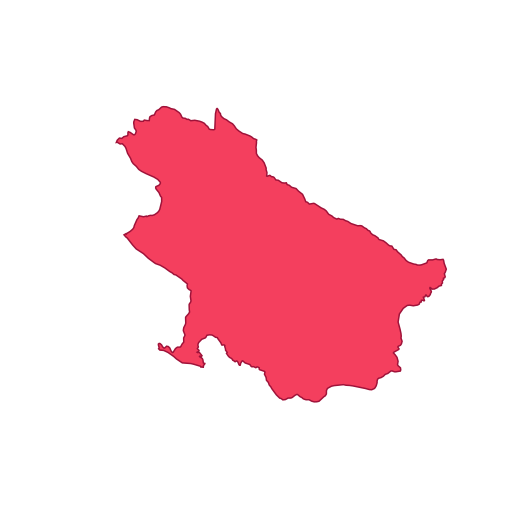 outline of Echeandia, Bolivar, Ecuador, rotated 317°
{"feature_id": "8360857B61359836335380", "entity_name": "Echeandia", "entity_type": "district", "adm_level": 2, "iso_a3": "ECU", "parent_name": "Ecuador", "parent_adm1": "Bolivar", "projection": "equal_earth", "projection_center": [-79.28, -1.448], "detail": "fine", "context": "isolated", "style": "filled", "palette": "rose", "viewbox_px": 512, "rotation_deg": 317, "n_neighbors": 0, "source": "geoboundaries", "source_scale": "gbopen_adm2", "svg_char_len": 6123}
<svg xmlns="http://www.w3.org/2000/svg" viewBox="0 0 512 512"><g transform="rotate(317 256 256)"><path d="M302.5,419.4L304.7,418.0L306.0,415.0L307.6,413.6L309.2,411.5L311.4,407.8L314.9,401.2L321.3,396.2L328.0,394.7L332.9,395.3L334.9,396.8L337.1,399.7L340.8,402.1L342.6,402.5L344.3,401.6L345.4,402.3L346.8,401.2L347.6,401.9L348.1,403.1L348.6,403.5L348.9,403.4L350.3,400.3L351.7,401.0L353.5,400.3L353.8,400.5L353.6,402.4L353.8,402.9L354.9,403.4L357.1,403.1L358.4,402.3L359.5,402.0L360.1,401.5L361.1,398.1L361.7,397.7L362.0,398.0L362.2,400.3L363.9,401.8L367.1,402.8L369.2,402.8L371.5,404.0L372.5,403.0L374.0,402.9L375.1,401.4L377.2,401.1L377.9,400.1L379.3,400.6L380.2,400.2L381.7,397.4L383.4,396.9L386.2,395.4L388.6,389.7L390.3,387.0L390.5,386.0L388.1,384.3L386.0,382.0L386.0,381.4L385.3,380.7L382.5,379.3L379.5,376.5L378.4,376.5L376.2,377.5L371.0,375.3L369.5,374.3L367.8,372.6L367.4,371.4L365.9,369.5L363.3,364.6L362.7,361.7L363.0,358.4L362.6,356.2L362.9,354.2L362.4,349.5L362.7,347.0L361.4,345.2L362.1,341.4L360.8,339.8L360.4,338.5L360.1,334.9L359.5,331.8L357.3,328.0L357.2,327.1L357.6,326.0L356.8,322.2L355.8,320.0L355.6,317.3L356.1,315.9L356.1,315.1L355.4,313.6L355.3,311.2L354.5,309.3L353.9,306.1L352.9,304.8L351.0,303.3L347.6,297.0L346.7,293.3L345.5,291.1L344.8,288.7L342.8,286.7L341.8,284.6L340.3,284.2L339.0,280.9L338.8,278.5L337.6,275.0L338.1,271.1L337.8,268.6L336.4,265.0L334.6,257.6L334.1,256.8L330.4,254.4L330.3,251.9L329.4,250.2L330.6,247.4L332.1,242.6L331.3,237.6L331.3,234.0L328.9,230.0L328.6,227.1L327.5,225.0L328.1,223.2L326.6,222.1L324.9,220.1L324.0,215.9L322.4,213.9L322.8,210.9L322.4,209.6L321.4,208.5L321.3,207.1L321.1,206.4L318.5,205.3L318.3,204.8L320.9,202.5L322.3,199.7L323.4,198.6L325.5,193.4L326.0,190.1L325.4,186.2L325.5,183.8L326.2,181.3L328.4,178.9L330.1,176.5L333.5,173.6L334.6,172.3L335.7,171.7L335.4,170.5L334.3,168.5L334.0,166.0L333.4,164.0L331.2,159.4L329.8,157.3L328.7,152.8L328.3,149.6L328.9,146.0L329.0,143.3L327.9,139.8L327.3,136.3L326.2,133.6L325.9,130.6L326.2,128.9L327.1,127.6L327.2,125.3L327.9,123.7L328.3,121.8L328.0,121.5L327.3,121.6L323.4,124.3L312.4,135.1L311.7,135.1L311.0,134.7L308.9,132.4L308.3,131.4L309.0,128.3L308.6,126.4L308.7,123.7L307.9,121.4L306.7,119.0L303.8,115.0L300.6,112.6L299.9,110.1L299.6,109.6L298.7,109.1L298.2,107.1L296.7,105.4L296.5,103.9L297.5,100.9L297.6,98.8L296.4,93.2L294.3,90.2L293.7,88.6L292.3,85.9L290.0,83.5L288.5,82.7L284.8,82.7L282.7,82.0L280.9,82.2L277.9,83.5L275.5,82.2L273.5,81.8L272.3,82.4L270.3,84.2L268.8,82.8L267.0,80.4L265.5,80.6L263.6,79.0L263.2,78.3L262.0,75.2L260.5,73.4L258.2,74.5L257.3,75.3L254.4,79.4L254.0,82.0L253.5,83.1L251.4,84.3L250.2,84.5L249.7,84.4L249.1,83.8L248.3,79.9L247.4,78.0L246.5,78.4L245.0,80.0L244.1,80.4L240.7,78.6L238.1,78.5L236.5,76.6L233.4,76.7L231.3,77.7L232.1,78.2L233.0,81.4L234.8,82.7L234.9,86.5L234.3,88.7L232.1,93.4L230.9,98.9L229.6,102.1L229.2,104.7L229.6,108.9L229.3,112.7L230.0,115.9L231.8,120.8L235.2,128.7L236.4,133.0L236.3,136.8L235.8,137.5L234.4,138.0L233.0,138.0L230.1,137.0L229.0,137.8L228.6,139.0L228.3,143.4L227.0,147.1L226.9,148.8L224.2,151.8L217.5,156.2L215.9,156.8L213.6,157.1L209.9,156.6L207.8,155.6L206.4,154.2L204.7,153.3L203.1,152.8L203.1,152.1L200.5,150.6L197.9,146.9L195.8,147.8L193.7,148.2L187.9,150.7L186.0,151.9L184.1,152.3L180.8,152.2L177.4,151.5L176.1,151.6L176.2,151.0L173.9,150.5L173.8,153.4L174.1,154.9L173.3,163.8L173.2,169.1L175.3,177.5L175.7,184.2L177.1,191.9L177.4,193.1L179.6,197.3L181.2,202.5L182.3,208.4L183.2,211.3L183.4,213.6L184.5,215.2L186.0,222.1L186.0,224.1L186.8,229.7L185.3,230.8L184.1,232.5L184.1,233.7L184.2,235.0L184.8,236.7L184.7,237.3L180.5,240.7L177.9,244.4L176.9,245.1L174.3,245.7L173.7,246.2L170.7,249.6L169.2,251.7L167.2,252.3L163.4,252.6L162.5,253.0L159.0,257.0L157.9,257.8L154.4,259.1L153.0,260.1L151.9,261.1L150.4,264.9L149.9,265.6L147.2,266.6L144.4,269.7L142.3,269.9L138.9,271.0L138.3,270.8L136.4,269.1L135.4,268.9L133.9,268.8L129.8,269.9L129.1,269.7L129.0,269.0L129.1,267.6L130.2,264.5L130.1,262.4L129.1,261.0L126.4,261.0L125.8,260.2L125.8,258.6L126.3,256.6L126.2,255.5L126.1,254.6L125.6,253.9L124.6,253.8L124.0,254.4L122.5,257.2L121.5,257.4L121.5,259.2L124.1,262.1L125.9,266.6L127.3,273.3L127.6,277.0L129.2,283.9L135.0,290.2L136.6,292.6L140.1,298.6L140.2,299.1L139.9,299.5L141.6,301.4L142.9,300.3L144.9,300.0L145.3,299.7L144.5,298.4L146.3,295.8L146.8,294.4L146.7,293.5L146.1,291.3L146.2,290.9L146.6,290.9L147.6,292.3L148.5,292.1L148.8,288.1L148.5,287.6L147.4,286.8L147.3,286.2L149.1,286.6L149.8,286.4L150.0,285.8L149.8,284.3L150.0,283.7L151.8,283.2L152.6,281.7L153.5,280.9L155.0,280.2L159.5,279.9L163.1,281.3L164.1,281.2L166.0,280.5L168.2,281.9L169.8,283.6L170.3,284.8L171.0,287.9L172.1,289.3L171.7,290.6L171.1,295.5L170.3,297.6L170.4,298.0L171.9,299.1L172.2,300.1L171.4,300.9L170.3,303.2L169.5,304.1L169.2,306.9L168.0,307.1L167.5,310.1L167.5,312.0L168.2,314.2L168.2,315.6L167.9,316.3L168.4,317.6L168.4,318.6L168.8,319.2L170.1,319.4L170.5,320.1L170.3,321.7L169.6,323.3L169.4,324.6L170.0,325.1L171.8,323.9L174.3,323.3L174.8,323.6L175.1,326.8L177.5,331.2L177.2,333.0L177.4,334.2L178.8,335.3L179.7,337.6L181.1,337.8L181.6,338.4L182.1,340.0L181.2,340.9L181.1,341.6L183.5,346.1L183.4,347.0L181.6,348.2L180.5,351.8L178.9,354.0L178.8,356.9L177.7,359.4L177.6,361.9L177.1,363.8L176.6,367.9L176.2,371.4L176.4,376.1L177.2,377.5L177.5,379.5L179.5,381.0L182.6,381.8L184.7,383.7L186.1,384.2L189.7,384.5L191.5,385.1L191.9,385.6L192.3,388.9L193.1,391.1L193.1,392.2L193.5,393.4L194.6,395.3L196.8,397.3L197.7,400.1L199.1,402.4L201.1,404.1L203.0,405.2L209.7,405.2L211.4,405.5L213.4,404.9L215.7,402.5L217.5,401.7L218.7,401.7L222.4,402.7L224.8,404.1L232.2,409.7L233.7,411.9L236.1,414.4L238.2,417.0L245.6,427.4L247.9,431.1L249.4,432.7L252.0,433.6L253.1,433.6L255.4,432.9L258.1,431.3L259.2,430.1L260.8,429.1L262.2,429.0L264.5,430.2L267.1,430.8L269.8,430.7L272.3,431.8L276.1,432.1L277.1,432.8L278.3,435.1L279.2,436.0L283.1,438.6L284.2,438.0L285.4,436.3L285.1,433.0L285.4,432.0L288.1,429.9L290.0,426.3L290.4,423.1L290.4,420.6L291.3,420.4L296.7,421.7L297.3,421.4L297.6,419.5L298.2,419.0L300.8,419.8L302.5,419.4Z" fill="#f43f5e" stroke="#9f1239" stroke-width="1.5"/></g></svg>